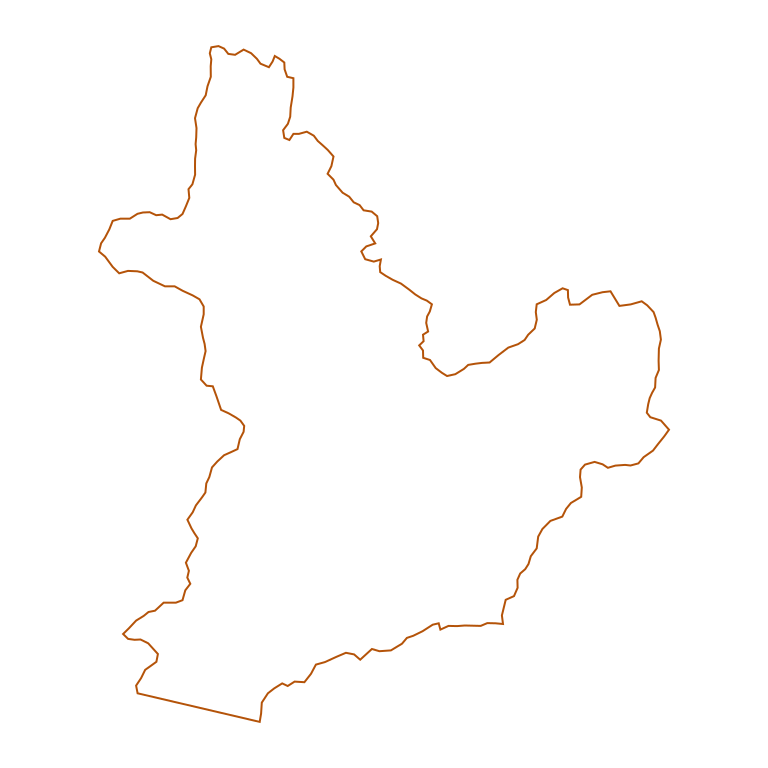 outline of Aurilândia, Goiás, Brazil
{"feature_id": "56859067B84953153729740", "entity_name": "Aurilândia", "entity_type": "district", "adm_level": 2, "iso_a3": "BRA", "parent_name": "Brazil", "parent_adm1": "Goiás", "projection": "mercator", "projection_center": [-50.529, -16.677], "detail": "fine", "context": "isolated", "style": "outline", "palette": "amber", "viewbox_px": 768, "rotation_deg": 0, "n_neighbors": 0, "source": "geoboundaries", "source_scale": "gbopen_adm2", "svg_char_len": 3664}
<svg xmlns="http://www.w3.org/2000/svg" viewBox="0 0 768 768"><path d="M293.4,78.2L287.2,76.8L284.6,69.3L284.3,62.5L279.5,58.8L274.8,56.0L272.6,61.5L268.9,67.2L260.5,63.7L256.9,58.8L251.1,53.2L243.6,49.6L235.1,54.8L228.3,53.9L224.1,48.6L218.5,46.1L211.3,47.3L209.8,53.3L211.3,59.3L210.7,66.2L210.8,76.8L207.5,86.3L205.7,95.3L201.0,102.5L197.7,108.2L195.0,118.2L196.5,128.1L196.2,137.4L195.6,144.1L196.2,150.3L195.1,158.6L195.0,166.1L195.1,174.7L192.4,184.3L188.5,189.2L189.3,197.9L185.9,206.3L182.5,214.0L177.6,218.0L170.5,219.2L162.2,214.6L156.2,215.2L149.7,212.2L142.9,212.5L137.5,213.8L129.8,218.7L120.3,218.7L112.7,220.9L109.3,229.4L104.9,237.8L101.1,243.3L99.0,251.5L105.2,256.7L112.7,266.9L119.2,273.3L128.0,270.9L137.3,271.3L142.6,272.5L153.3,280.8L164.9,286.3L174.6,286.3L182.7,290.8L192.7,295.4L199.5,299.3L203.7,306.5L203.7,314.3L200.9,326.8L203.0,337.8L204.6,343.9L205.6,351.1L203.9,358.5L201.9,367.7L200.9,379.5L206.6,385.7L212.8,386.3L216.4,396.1L221.1,409.9L228.6,413.3L235.9,417.5L240.4,420.6L244.2,425.9L243.6,431.8L239.8,439.2L237.5,449.1L231.7,451.8L224.1,455.2L217.3,461.5L212.0,467.4L209.3,477.1L206.3,483.4L205.4,492.5L202.2,497.1L195.9,505.4L192.7,512.3L187.4,519.7L191.5,528.4L194.4,533.2L197.8,538.3L195.7,546.3L191.2,552.8L185.9,562.7L188.9,570.8L187.3,577.6L190.3,583.8L185.3,590.3L182.5,600.2L175.8,602.7L163.6,602.7L155.0,610.7L148.5,612.0L143.7,615.9L136.1,620.6L128.9,628.3L123.1,634.0L128.1,638.9L134.6,639.8L140.5,639.5L148.2,643.3L157.9,654.0L156.4,661.8L150.3,666.2L145.2,669.8L141.1,678.1L136.1,685.6L137.6,693.3L259.7,721.9L261.1,713.5L261.8,702.6L267.9,693.3L274.2,688.4L282.2,683.4L287.7,686.0L294.6,681.6L304.4,682.2L311.0,673.8L315.9,664.6L324.9,662.1L336.5,656.8L345.9,652.8L354.1,654.4L360.2,659.7L371.9,649.0L379.4,651.2L390.9,650.4L396.5,647.0L402.0,643.7L406.9,637.9L413.2,635.8L422.6,631.2L432.7,624.7L438.7,623.3L440.4,629.6L448.5,625.9L457.0,626.1L464.8,625.5L480.7,625.9L487.3,623.1L495.6,623.3L503.0,624.0L501.9,615.4L505.7,599.8L514.0,596.1L517.6,587.8L517.4,579.8L520.2,573.5L525.2,569.2L528.5,564.0L530.8,556.2L536.7,548.4L538.2,536.6L542.4,529.0L550.4,520.9L562.3,516.6L566.1,508.9L570.9,503.0L581.2,496.8L581.8,487.5L580.0,477.1L580.6,469.6L585.0,464.6L594.6,461.9L602.6,464.3L607.9,467.8L615.4,465.6L625.1,464.9L630.5,465.5L638.4,463.4L643.6,457.2L653.0,450.6L658.0,444.1L664.2,436.4L669.0,429.7L661.0,420.6L650.3,417.2L646.8,412.7L648.2,404.2L649.7,398.1L652.1,392.8L655.1,387.5L655.6,377.9L658.9,370.0L658.6,360.7L658.9,348.6L660.9,339.6L659.8,331.2L657.6,324.7L655.6,317.7L653.6,312.1L647.2,305.3L641.7,301.3L630.7,304.4L619.4,305.9L610.5,291.3L602.6,292.2L592.2,294.8L579.5,304.4L570.0,304.7L568.1,297.5L567.9,290.1L562.6,288.3L554.3,293.0L546.2,300.0L536.7,304.3L535.8,312.1L536.8,319.7L534.7,328.5L528.2,334.7L524.6,340.0L518.0,344.2L508.3,347.6L498.6,355.0L489.6,362.5L482.0,362.9L475.4,363.7L468.2,364.9L463.9,368.9L455.3,374.2L447.0,376.0L441.9,372.8L435.7,368.1L430.0,360.0L423.2,357.8L423.0,350.5L419.2,345.4L423.6,341.2L423.0,334.7L428.1,331.5L426.2,322.9L427.1,316.5L429.8,311.5L431.9,304.3L426.8,300.6L421.5,298.4L415.2,294.4L409.3,289.7L401.0,283.6L392.7,279.8L385.7,275.8L380.2,272.1L379.7,266.2L380.9,259.5L373.8,261.6L365.2,259.2L361.3,251.4L366.3,246.4L375.2,243.4L370.8,236.3L377.0,229.2L378.2,223.1L377.2,216.2L371.7,211.6L363.6,210.3L359.6,205.1L353.7,202.3L349.2,196.7L342.6,192.7L335.9,185.0L333.5,179.7L327.6,173.8L331.4,166.1L333.5,156.5L327.8,150.0L322.7,145.3L317.8,141.0L313.8,135.7L306.8,131.7L298.8,133.9L293.4,133.9L289.4,140.0L284.3,137.9L283.1,130.2L287.9,123.8L290.2,116.7L290.7,107.6L292.5,96.4L293.4,87.5L293.4,78.2Z" fill="none" stroke="#b45309" stroke-width="2"/></svg>